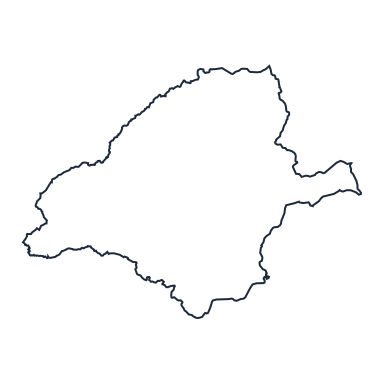 Ribaue, Nampula, Mozambique
{"feature_id": "85939544B68369930448432", "entity_name": "Ribaue", "entity_type": "district", "adm_level": 2, "iso_a3": "MOZ", "parent_name": "Mozambique", "parent_adm1": "Nampula", "projection": "mercator", "projection_center": [38.027, -15.017], "detail": "fine", "context": "isolated", "style": "outline", "palette": "slate", "viewbox_px": 384, "rotation_deg": 0, "n_neighbors": 0, "source": "geoboundaries", "source_scale": "gbopen_adm2", "svg_char_len": 5910}
<svg xmlns="http://www.w3.org/2000/svg" viewBox="0 0 384 384"><path d="M114.0,253.3L119.8,254.8L123.7,257.2L124.3,256.6L127.2,257.5L128.0,258.1L127.7,258.8L128.1,259.2L132.6,261.8L136.2,262.3L136.6,263.0L135.9,264.6L136.6,267.8L135.3,269.2L137.0,273.9L138.2,274.8L140.5,275.4L142.1,277.7L144.3,279.5L146.3,280.2L146.8,279.6L146.9,277.6L147.7,277.1L149.2,277.0L149.8,277.9L149.1,279.9L151.1,281.8L152.5,281.5L154.7,282.5L155.9,282.6L157.8,280.8L159.3,281.0L161.7,279.9L162.0,280.1L163.8,281.8L163.6,282.5L162.4,283.6L162.4,284.3L164.6,285.0L166.3,287.2L167.6,287.2L171.3,285.9L174.5,285.6L174.8,286.3L174.3,286.9L173.6,289.8L171.6,291.9L171.2,294.9L171.5,297.5L172.6,297.8L174.2,297.2L177.5,300.0L178.9,300.5L180.4,300.2L182.4,302.0L182.4,302.7L181.4,304.0L181.5,305.4L183.9,308.7L184.4,310.3L186.0,311.4L188.7,314.4L191.8,315.0L192.8,316.0L195.8,317.7L197.7,318.0L199.7,317.7L202.3,316.8L204.8,313.2L205.7,313.0L206.6,313.5L208.1,312.8L210.3,307.5L212.2,301.3L212.9,300.5L216.4,299.5L228.6,299.1L231.5,298.6L232.8,298.9L234.3,300.3L236.8,300.8L240.5,299.1L243.3,298.7L245.2,297.5L250.3,287.8L252.6,284.4L256.5,283.3L263.5,283.1L264.5,282.6L264.7,282.0L264.5,280.2L263.6,278.7L264.4,277.0L265.6,276.5L266.7,278.8L268.5,278.1L269.0,276.8L267.2,276.1L266.0,274.9L266.0,274.1L266.8,273.3L266.1,272.2L266.1,271.3L265.0,270.1L262.9,269.3L259.9,265.5L259.5,262.6L260.0,261.7L261.7,261.0L262.4,258.2L262.2,256.7L260.2,252.9L260.8,247.9L261.9,246.5L261.9,245.9L261.3,245.4L263.5,242.2L264.3,238.5L266.1,236.4L269.9,233.7L270.9,230.7L272.7,228.2L274.0,227.3L277.8,226.9L280.1,225.2L281.0,223.6L281.4,220.7L284.4,213.4L285.1,208.0L286.3,205.2L294.1,203.3L298.8,201.7L298.9,202.1L300.0,202.5L303.1,203.1L308.6,202.3L309.4,203.3L310.2,205.4L312.8,206.2L313.2,205.2L318.9,201.2L321.1,198.2L323.1,196.5L334.0,193.9L339.1,190.8L339.6,190.1L341.7,191.3L343.2,191.5L346.6,190.2L350.9,190.3L356.1,192.4L358.9,194.7L360.9,194.0L361.0,192.9L359.9,191.2L357.7,188.9L357.4,187.4L357.5,185.1L356.4,180.9L353.3,174.4L351.0,171.9L351.0,168.8L350.0,166.0L350.3,164.6L351.4,163.2L351.0,163.1L347.1,164.0L343.5,161.8L340.5,160.9L336.6,162.7L324.7,172.8L323.2,173.2L321.1,172.2L319.1,171.9L316.1,173.4L315.0,175.0L310.0,176.6L307.5,175.8L305.4,175.8L301.7,176.9L299.3,174.1L296.0,173.8L292.9,166.9L293.4,165.5L297.3,162.7L297.0,161.9L295.7,161.4L295.4,160.6L295.8,156.2L295.3,154.3L294.4,153.0L292.0,151.3L288.8,150.1L287.0,150.1L285.4,148.0L282.7,147.8L280.6,144.4L277.8,144.7L276.4,144.3L275.3,143.3L275.1,142.1L276.2,140.5L276.2,139.6L280.0,136.3L280.6,132.9L282.6,130.5L284.1,125.6L285.8,123.1L286.6,120.0L287.4,119.3L287.6,116.6L289.1,114.9L289.1,112.8L288.8,112.2L287.0,111.7L286.4,111.0L285.8,106.1L285.0,103.6L282.4,100.5L280.6,99.8L279.6,98.4L279.4,95.8L278.6,93.4L279.0,92.9L280.7,92.5L281.4,91.4L280.0,87.8L279.3,87.3L279.6,86.1L279.1,84.9L278.5,80.1L278.0,79.3L275.6,78.7L275.2,76.4L274.6,75.3L272.9,75.2L271.5,74.0L270.7,69.8L269.3,66.0L265.4,69.4L263.6,70.1L260.6,71.9L257.0,72.3L250.3,71.9L249.4,71.5L247.1,68.9L242.3,68.7L240.7,69.3L239.1,70.7L235.5,71.8L232.9,74.0L231.3,73.7L222.1,68.1L214.9,69.2L213.0,69.1L212.2,69.5L210.5,69.1L209.5,70.1L209.6,71.3L209.3,72.0L208.0,72.6L206.7,72.4L205.7,73.0L205.0,72.9L203.4,71.2L203.6,70.0L203.2,69.4L200.4,69.0L198.3,69.9L197.6,71.4L197.7,74.9L198.7,76.5L198.8,77.5L197.9,79.5L195.5,79.8L192.6,81.1L190.8,81.2L190.6,82.9L190.0,83.2L188.9,82.7L186.1,82.4L184.4,80.5L183.5,80.6L183.1,81.9L181.7,83.5L180.5,86.5L179.7,86.9L177.6,86.1L174.7,87.7L173.4,88.9L172.2,88.2L169.9,88.7L168.7,91.4L167.3,92.2L165.2,94.4L165.7,95.3L165.6,96.3L163.3,95.9L161.1,96.6L160.3,94.9L159.5,94.8L157.2,97.4L156.3,97.4L153.8,99.5L153.2,102.1L150.3,103.4L148.9,107.3L147.2,107.1L146.1,108.7L144.9,109.0L144.7,110.1L143.7,111.1L141.8,112.1L139.9,114.4L138.9,114.7L138.2,114.3L136.4,115.6L135.3,115.7L135.5,116.9L135.2,118.0L131.2,119.6L131.4,120.5L129.7,121.3L128.8,122.3L127.9,124.8L126.4,125.8L124.2,125.5L122.7,126.4L122.0,127.5L122.1,129.0L120.5,132.4L119.7,133.7L118.5,134.2L118.6,135.0L117.2,135.9L117.2,136.9L114.5,137.6L113.1,140.4L112.2,140.4L109.7,142.6L110.2,143.2L110.2,144.2L110.1,145.6L109.5,146.2L109.8,148.5L109.2,149.2L109.0,150.4L109.2,151.7L109.8,151.9L109.9,152.7L108.4,154.8L108.0,156.9L107.2,156.8L107.0,157.7L106.1,157.6L106.0,158.4L102.8,162.0L102.9,162.3L102.1,162.8L100.7,162.4L99.9,160.9L98.3,160.9L97.7,161.1L97.6,161.8L95.6,162.8L95.0,164.7L94.2,165.0L93.7,164.5L92.4,164.9L90.5,164.8L90.0,165.5L89.3,165.6L88.0,164.7L88.1,163.1L84.7,162.5L82.6,162.8L78.9,166.6L77.9,166.9L75.5,166.6L73.4,167.9L71.2,167.9L69.5,170.1L64.1,172.2L61.0,174.5L58.4,175.2L56.7,177.2L55.4,177.8L54.7,178.6L53.1,178.8L52.2,179.4L51.8,182.4L50.9,182.1L45.9,190.3L42.1,193.3L40.3,193.4L40.6,195.2L40.3,198.0L37.1,201.3L35.6,205.7L35.9,206.6L37.3,207.1L38.4,208.8L39.6,208.8L40.5,209.4L41.3,210.1L41.6,211.3L42.4,211.9L42.3,213.3L43.1,214.3L43.9,217.2L46.9,220.5L46.6,221.0L46.5,223.4L45.1,223.6L43.1,225.0L41.2,225.7L39.2,229.9L36.9,228.3L35.7,229.8L32.2,232.3L30.9,234.1L27.2,234.0L26.8,234.7L27.0,236.1L25.9,238.3L23.0,242.3L24.7,243.5L25.2,245.0L25.9,245.2L26.3,244.9L26.9,245.7L28.2,245.5L29.0,246.7L28.8,248.0L29.5,247.8L29.6,248.3L28.3,249.5L29.4,250.3L29.2,250.9L29.5,251.1L28.8,251.5L29.0,252.0L28.4,252.1L28.3,252.7L29.1,253.3L29.7,255.0L30.9,255.6L31.7,255.2L32.5,255.5L33.8,254.8L34.4,255.7L35.8,255.4L36.7,255.8L37.3,255.5L39.5,256.0L40.7,255.8L43.1,256.2L43.5,257.0L44.3,257.1L45.1,256.4L47.2,258.2L48.0,257.7L48.1,256.5L48.7,257.5L50.2,257.9L55.6,256.8L56.7,255.6L57.7,255.5L59.5,254.4L61.9,251.1L63.4,250.8L68.6,248.3L72.4,249.0L73.2,249.6L77.0,249.7L78.3,249.2L80.5,249.3L81.2,248.3L82.5,247.8L83.7,248.3L85.3,247.3L87.0,246.9L87.8,246.0L89.0,246.5L90.7,246.4L91.2,247.7L93.9,249.6L94.3,251.0L96.0,250.7L96.4,251.7L98.1,253.2L99.6,253.5L101.4,255.7L102.9,255.6L103.7,254.5L105.5,253.6L107.3,251.9L108.6,253.9L109.6,253.4L114.0,253.3Z" fill="none" stroke="#1e293b" stroke-width="2"/></svg>